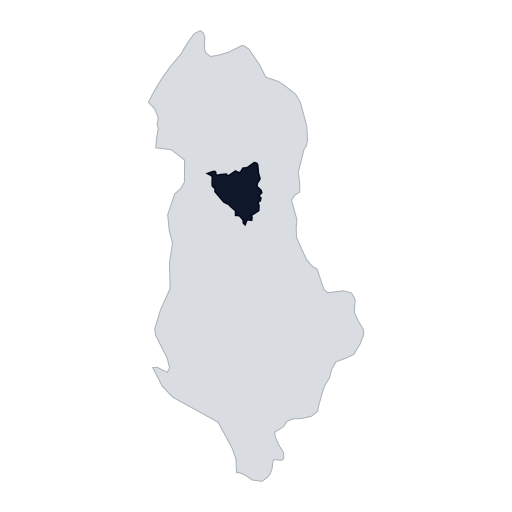 location of Mat, Dibër, Albania
{"feature_id": "67620474B55788488782298", "entity_name": "Mat", "entity_type": "district", "adm_level": 2, "iso_a3": "ALB", "parent_name": "Albania", "parent_adm1": "Dibër", "projection": "robinson", "projection_center": [19.995, 41.564], "detail": "fine", "context": "in_parent", "style": "filled", "palette": "ink", "viewbox_px": 512, "rotation_deg": 0, "n_neighbors": 0, "source": "geoboundaries", "source_scale": "gbopen_adm2", "svg_char_len": 2308}
<svg xmlns="http://www.w3.org/2000/svg" viewBox="0 0 512 512"><path d="M155.8,147.8L156.3,140.3L158.2,128.5L157.1,124.5L158.3,117.7L154.6,108.7L148.4,102.2L154.4,90.7L163.0,76.7L171.1,65.7L180.8,54.2L187.3,43.1L194.3,33.6L200.2,30.7L203.2,32.7L204.8,36.9L204.4,49.2L206.4,53.4L210.6,56.5L219.3,55.0L229.0,52.0L242.0,45.5L244.2,45.9L249.0,49.3L259.1,64.1L265.8,77.2L279.0,81.7L286.3,86.8L295.8,94.5L300.3,102.3L306.8,126.2L307.6,140.5L305.8,147.1L304.2,148.8L298.3,172.2L299.8,184.2L299.7,192.0L294.8,195.2L291.5,200.1L296.9,219.6L296.2,227.9L296.5,237.5L306.3,259.2L312.0,266.0L317.1,269.2L323.8,289.2L327.6,292.7L343.6,290.8L351.4,293.0L354.5,297.8L355.2,301.0L354.2,312.2L358.2,320.9L363.6,329.8L363.6,335.2L360.0,344.1L353.7,354.5L345.3,358.4L335.9,361.8L331.5,369.9L329.3,378.4L325.1,384.8L322.6,391.7L318.6,406.0L317.7,411.1L311.4,416.3L301.6,418.5L292.8,418.9L286.9,421.3L283.9,426.2L278.3,430.1L274.9,431.9L275.0,436.2L279.0,445.3L283.7,452.7L283.8,458.7L281.5,460.3L274.3,459.6L272.8,461.8L272.1,468.4L270.1,474.1L267.2,477.5L262.1,481.3L252.7,480.1L243.8,474.4L239.2,472.6L236.6,472.8L235.9,458.9L232.1,448.1L218.1,422.2L172.7,397.2L162.0,385.9L157.4,376.5L152.7,367.6L157.2,367.3L161.6,369.6L167.3,372.3L169.6,367.8L167.2,358.1L155.6,335.3L154.7,329.0L160.5,309.9L170.1,288.5L169.5,262.5L172.5,242.9L169.2,230.2L167.7,214.6L174.7,193.9L180.7,188.7L184.4,182.2L184.6,160.1L171.3,149.7L155.8,147.8Z" fill="#d9dde1" stroke="#a8b0b8" stroke-width="1"/><path d="M207.3,173.5L210.4,175.1L212.3,176.5L212.2,180.4L212.1,183.0L212.1,183.7L212.3,186.1L215.0,188.6L215.0,191.7L223.7,202.0L224.7,202.5L225.0,202.6L225.3,202.8L225.5,202.9L226.6,203.7L227.6,203.9L228.1,203.9L228.4,204.2L228.9,204.7L230.2,206.2L235.5,210.8L235.5,215.4L239.3,215.7L243.0,219.8L243.3,223.1L245.1,224.9L246.4,221.4L247.3,219.8L251.7,220.3L252.1,217.1L250.9,215.8L258.8,210.6L259.0,205.5L258.5,204.0L258.1,202.2L260.3,200.8L261.0,197.9L258.8,196.2L259.9,194.8L261.8,192.6L261.0,190.2L257.0,186.5L257.3,183.5L260.1,178.8L258.5,173.4L257.7,164.8L256.7,163.2L254.3,162.5L247.2,167.6L242.9,168.1L240.2,172.6L236.8,171.8L235.5,170.9L230.3,174.5L229.3,175.4L226.9,175.3L226.3,174.0L220.0,174.6L218.4,175.1L216.7,175.1L215.7,174.1L215.8,172.4L214.8,171.3L212.9,171.5L207.3,173.5Z" fill="#0f172a" stroke="#020617" stroke-width="1.5"/></svg>